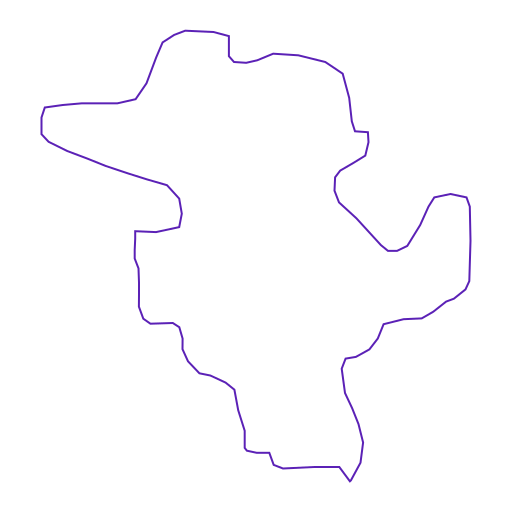 outline of Tuzla
{"feature_id": "BIH-2887", "entity_name": "Tuzla", "entity_type": "Canton", "adm_level": 1, "iso_a3": "BIH", "parent_name": "Bosnia and Herzegovina", "parent_adm1": "", "projection": "equal_earth", "projection_center": [18.577, 44.534], "detail": "fine", "context": "isolated", "style": "outline", "palette": "violet", "viewbox_px": 512, "rotation_deg": 0, "n_neighbors": 0, "source": "natural_earth", "source_scale": "10m", "svg_char_len": 1409}
<svg xmlns="http://www.w3.org/2000/svg" viewBox="0 0 512 512"><path d="M135.2,231.2L135.3,231.2L156.0,232.1L179.2,227.1L181.8,213.7L179.2,198.6L167.0,185.2L147.0,179.4L128.3,173.5L105.8,166.0L87.1,158.5L67.2,151.0L48.6,141.8L41.5,134.2L41.5,117.5L44.8,107.5L62.8,105.0L82.1,103.3L117.5,103.3L135.6,99.2L146.5,83.3L156.2,57.4L162.6,42.4L174.2,34.9L185.2,30.7L213.5,32.0L228.9,36.1L228.9,49.5L228.9,56.2L234.0,62.0L246.2,62.8L257.2,60.3L273.2,53.7L298.3,55.3L325.3,62.0L342.7,73.7L349.2,97.9L351.8,121.3L355.0,131.3L367.9,132.2L368.5,142.2L365.3,155.6L353.1,163.1L340.2,170.6L335.1,177.3L334.5,190.7L339.0,202.4L356.4,218.3L380.9,245.1L388.0,250.9L397.0,250.9L407.3,245.9L420.2,225.0L428.5,206.6L434.3,197.4L450.4,194.0L466.5,197.4L469.8,206.6L470.4,235.8L470.5,240.9L469.3,281.1L465.5,289.4L453.9,298.7L446.1,301.6L433.3,311.7L421.7,318.4L403.6,319.2L383.6,324.2L377.8,338.5L369.4,349.4L355.9,356.9L345.6,358.6L341.7,368.7L345.0,393.0L352.1,408.1L358.5,424.1L363.1,442.5L360.5,462.7L350.9,480.4L349.9,481.3L339.3,467.0L314.1,467.0L283.0,468.5L273.7,464.9L269.3,452.8L256.7,452.8L246.9,450.7L244.7,447.9L244.7,430.8L238.2,410.2L234.4,389.7L225.6,382.6L210.3,375.5L199.4,373.3L188.0,361.3L182.5,349.2L182.6,338.6L179.3,327.2L172.8,323.0L150.4,323.7L143.3,318.7L138.9,306.7L139.0,294.6L139.0,282.6L138.5,268.4L134.7,258.5L134.7,250.0L135.2,238.7L135.2,231.2Z" fill="none" stroke="#5b21b6" stroke-width="2"/></svg>